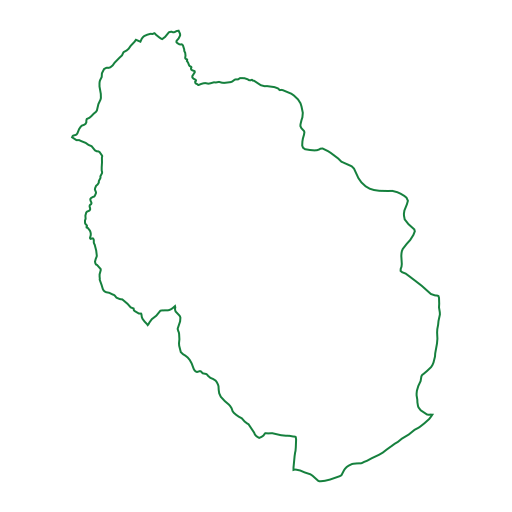 the district of Monguì, Boyacá, Colombia
{"feature_id": "7082276B75915800684319", "entity_name": "Monguì", "entity_type": "district", "adm_level": 2, "iso_a3": "COL", "parent_name": "Colombia", "parent_adm1": "Boyacá", "projection": "mercator", "projection_center": [-72.845, 5.698], "detail": "fine", "context": "isolated", "style": "outline", "palette": "green", "viewbox_px": 512, "rotation_deg": 0, "n_neighbors": 0, "source": "geoboundaries", "source_scale": "gbopen_adm2", "svg_char_len": 5894}
<svg xmlns="http://www.w3.org/2000/svg" viewBox="0 0 512 512"><path d="M291.3,93.7L282.9,90.2L281.6,89.9L279.8,90.1L279.2,89.7L278.5,88.8L277.7,88.3L274.4,87.1L267.0,86.1L264.6,86.2L260.8,85.2L254.1,80.8L252.8,80.6L252.1,79.9L251.5,79.9L250.6,80.3L249.3,80.2L248.8,80.1L247.7,79.3L244.4,78.2L240.1,78.1L238.0,79.4L235.7,79.4L234.7,79.7L232.1,81.6L230.7,82.1L224.2,82.9L221.9,82.7L219.0,81.9L215.8,82.5L214.0,82.3L210.4,83.3L208.4,83.7L205.4,83.1L203.4,83.3L201.0,84.0L198.6,85.0L198.2,85.0L197.3,84.2L195.8,83.5L195.4,83.0L195.1,81.9L195.9,80.9L196.0,80.3L195.4,79.7L193.4,78.6L192.4,77.5L192.3,76.7L192.4,75.9L193.3,74.6L194.3,72.9L194.7,72.5L194.7,71.3L194.3,71.0L192.2,70.3L191.2,69.5L191.0,68.4L191.4,67.4L191.3,67.0L191.0,66.7L189.7,66.1L189.1,65.3L188.0,62.5L186.9,61.0L187.2,59.9L187.1,59.5L185.8,58.9L185.4,58.5L185.2,57.9L185.5,55.6L185.2,52.9L184.3,51.0L184.2,49.4L183.0,45.6L182.5,44.9L181.7,44.3L180.7,44.5L179.3,44.3L177.2,43.0L176.4,42.0L176.6,40.8L178.6,38.5L180.1,35.5L180.1,34.2L179.9,33.5L178.6,30.7L176.5,31.1L174.6,32.1L173.5,32.3L172.7,32.2L171.4,31.7L169.3,32.1L168.8,32.4L165.1,36.9L162.2,39.1L161.2,38.7L159.4,37.5L155.8,34.6L155.0,33.6L154.3,33.2L152.6,34.0L150.5,33.8L147.3,34.7L144.3,36.0L143.2,36.9L141.8,38.6L140.4,41.7L135.9,39.8L134.5,41.8L130.7,45.8L128.6,48.8L126.6,50.5L123.8,52.0L123.4,52.4L122.0,55.4L119.7,57.5L114.6,62.7L112.7,65.4L110.6,67.1L109.9,67.5L108.1,67.9L107.1,67.7L106.2,67.9L104.1,69.0L102.2,72.7L101.9,73.5L101.7,77.0L100.1,80.2L99.7,81.5L99.5,83.1L99.5,86.5L100.8,93.9L100.9,98.0L100.5,99.6L98.4,104.1L96.9,110.5L95.9,111.9L93.7,113.7L91.3,116.2L89.4,117.8L86.8,119.0L86.4,120.2L86.3,122.4L85.5,123.9L84.1,124.8L81.7,125.7L80.5,127.0L79.1,129.1L77.4,133.3L76.6,134.4L75.8,134.9L73.2,135.6L72.7,136.0L72.1,137.3L76.4,140.1L79.1,140.1L81.2,141.1L85.7,142.9L88.5,144.9L91.6,146.2L95.0,150.4L96.8,151.3L98.4,151.4L99.6,152.1L102.1,155.7L102.2,156.2L101.9,157.6L102.0,162.5L101.7,167.2L101.7,170.5L102.1,172.1L102.0,173.2L100.4,176.3L100.5,177.4L100.3,178.3L99.2,180.3L98.8,181.3L98.8,182.6L97.6,184.5L96.1,185.8L95.1,188.2L94.9,189.5L96.0,192.3L95.9,193.3L94.8,195.8L94.1,196.6L92.8,197.0L91.1,198.0L90.3,199.1L90.5,200.6L91.4,202.6L91.4,203.6L91.0,204.3L90.2,204.7L89.7,205.5L89.6,206.7L90.1,208.2L90.1,209.6L89.4,210.6L86.9,211.7L86.2,212.6L85.4,215.6L85.6,218.8L85.0,220.4L85.0,222.3L85.2,223.6L86.9,225.5L86.9,226.4L86.5,226.9L86.6,227.5L88.0,228.1L88.7,229.1L89.9,230.6L90.5,232.2L90.8,233.9L90.7,235.4L90.0,237.9L90.2,238.5L90.7,238.9L92.1,238.4L92.9,238.4L93.4,239.0L93.8,240.0L93.8,242.6L94.1,243.6L94.7,244.7L96.2,250.6L96.8,255.6L96.7,256.5L95.7,259.0L95.0,261.7L95.4,263.4L96.0,264.5L97.1,265.0L100.7,269.1L100.7,270.3L99.6,274.3L99.6,276.7L99.8,278.5L99.7,279.7L101.6,285.0L102.8,289.0L103.7,290.6L104.9,291.6L106.1,292.2L109.2,292.8L112.9,294.6L113.7,294.8L114.7,295.5L116.5,297.7L119.6,299.0L121.1,299.3L122.3,299.4L127.6,303.9L130.7,307.4L133.6,308.5L133.9,310.3L134.6,311.0L138.8,313.5L141.1,313.6L141.4,314.2L141.8,317.0L142.5,318.8L144.6,321.6L147.1,324.2L147.7,325.1L148.4,324.3L149.4,322.5L151.8,319.2L156.3,315.7L160.3,310.8L160.8,310.6L162.4,310.4L168.0,310.3L169.3,310.0L170.9,309.3L172.6,308.2L175.0,306.1L175.3,307.5L175.0,308.7L175.1,309.9L175.6,311.5L179.3,315.4L180.0,316.4L180.4,317.7L180.1,321.4L177.7,328.6L177.7,329.1L178.3,331.2L178.8,332.3L179.1,333.9L179.4,339.3L179.0,343.3L179.2,345.8L180.8,352.1L183.0,354.2L185.3,355.6L187.7,357.5L189.7,359.9L191.7,363.5L193.7,368.9L194.6,370.4L195.6,371.4L197.0,372.0L199.9,371.1L200.9,371.4L202.7,373.3L206.2,374.0L207.2,374.7L207.9,375.7L210.3,377.8L213.1,379.0L215.6,380.6L216.8,382.2L218.0,384.6L218.5,386.3L218.7,389.9L219.2,393.3L220.8,396.8L224.8,401.1L228.9,404.6L230.2,406.1L231.6,408.3L232.6,411.2L233.8,412.8L236.1,414.8L238.8,416.7L241.8,418.3L244.6,421.5L247.2,423.5L248.5,424.2L254.1,432.6L254.9,434.5L256.1,435.9L257.4,436.9L259.2,437.9L261.5,436.9L263.4,435.6L265.0,433.4L265.4,433.2L268.2,433.4L272.2,433.2L280.9,435.2L285.5,435.7L289.4,435.8L293.1,436.5L294.7,436.6L295.6,436.9L295.8,437.4L296.1,439.6L295.8,447.4L295.5,450.9L295.1,452.6L294.6,456.1L293.5,467.6L293.5,469.9L294.4,469.6L295.9,469.6L300.2,470.5L304.6,472.4L310.4,474.3L312.5,475.7L318.3,480.9L319.6,481.3L321.1,481.2L324.8,480.8L329.9,479.6L339.4,476.3L340.7,475.7L341.5,475.1L344.1,470.1L345.0,468.8L346.7,467.0L348.6,465.7L351.8,464.1L353.0,463.8L357.1,463.4L361.0,463.3L362.0,463.0L364.1,461.9L367.0,460.8L371.8,458.2L379.0,454.8L382.8,452.6L386.5,449.7L394.8,443.7L397.9,441.9L401.8,438.7L408.8,434.5L414.6,429.8L418.6,427.7L420.2,426.6L424.4,423.3L429.2,419.0L431.1,416.5L432.3,414.7L430.3,414.6L428.9,414.8L427.0,414.5L420.7,410.3L418.5,407.4L418.0,406.0L417.4,402.4L417.3,399.7L416.6,395.4L416.6,393.4L416.9,390.7L418.3,386.0L420.6,381.1L421.4,376.3L422.2,374.9L423.7,373.8L427.0,371.0L431.1,367.1L432.5,364.9L433.5,362.5L435.0,356.5L435.2,353.4L437.0,343.5L437.4,338.7L437.1,332.5L437.3,329.1L438.1,324.9L438.5,321.0L439.9,314.5L439.8,312.3L439.0,307.4L439.2,303.8L439.0,297.8L438.4,296.0L437.3,295.6L435.0,295.4L430.9,294.0L421.6,285.7L410.0,276.8L405.7,273.6L402.1,272.2L400.6,270.9L400.7,268.9L401.5,266.7L401.8,264.0L401.3,255.9L401.5,253.2L401.9,251.0L402.8,248.9L406.7,243.9L410.2,240.0L413.4,234.9L414.8,231.3L414.3,229.4L408.4,224.1L404.7,219.4L404.0,215.8L403.9,213.8L404.4,210.5L406.9,204.3L407.9,200.8L406.5,197.7L404.3,195.9L400.6,193.7L397.3,192.2L392.4,190.9L387.8,191.0L379.3,190.8L373.9,190.0L369.7,188.7L365.6,186.3L361.4,182.4L358.4,178.1L354.0,168.6L351.7,166.3L341.4,161.7L338.2,158.5L330.6,152.8L328.1,151.2L322.6,148.5L320.4,148.7L319.1,149.5L317.0,150.2L314.4,150.4L309.9,150.0L305.0,149.2L303.0,147.7L302.2,145.5L302.4,141.5L302.9,138.5L304.0,134.7L304.4,132.2L304.0,131.0L301.4,128.2L300.4,126.1L300.5,124.3L301.5,120.1L302.4,117.3L302.8,112.8L301.5,106.5L300.5,103.3L298.0,99.4L293.9,95.5L291.3,93.7Z" fill="none" stroke="#15803d" stroke-width="2"/></svg>